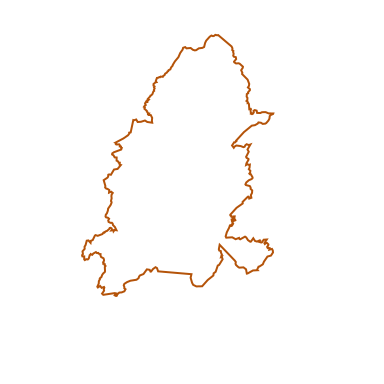 Bafwasende, Orientale, Democratic Republic of the Congo (Equal Earth projection), rotated 221°
{"feature_id": "63176286B50174012793828", "entity_name": "Bafwasende", "entity_type": "district", "adm_level": 2, "iso_a3": "COD", "parent_name": "Democratic Republic of the Congo", "parent_adm1": "Orientale", "projection": "equal_earth", "projection_center": [26.956, 0.799], "detail": "fine", "context": "isolated", "style": "outline", "palette": "amber", "viewbox_px": 384, "rotation_deg": 221, "n_neighbors": 0, "source": "geoboundaries", "source_scale": "gbopen_adm2", "svg_char_len": 6048}
<svg xmlns="http://www.w3.org/2000/svg" viewBox="0 0 384 384"><g transform="rotate(221 192 192)"><path d="M213.0,80.7L212.4,80.7L211.9,79.6L210.4,80.3L209.8,79.4L208.7,79.4L208.6,78.2L205.7,75.2L205.3,74.3L205.6,72.4L205.4,70.5L204.5,68.1L204.9,67.2L204.8,66.1L204.3,65.8L203.8,63.6L202.3,61.7L201.3,58.4L200.4,58.2L199.7,60.8L197.3,60.4L196.1,62.6L195.5,62.4L194.6,60.5L193.6,59.8L193.2,56.3L191.5,56.2L184.0,65.0L182.9,65.6L182.6,63.3L181.1,63.7L180.7,64.3L181.2,65.8L180.9,68.4L179.2,70.1L177.9,72.7L178.4,75.0L179.9,74.9L180.7,75.9L182.3,76.8L182.8,78.3L181.9,81.4L180.3,84.6L176.3,89.4L175.8,91.9L176.5,93.6L176.5,95.0L174.8,98.2L175.3,104.0L172.9,105.5L171.1,104.7L170.7,105.1L170.9,108.3L170.2,111.3L168.5,111.6L165.5,109.9L138.5,129.6L136.8,126.4L132.5,123.6L130.2,122.7L126.8,123.6L122.5,127.5L122.4,135.9L121.1,143.0L122.3,144.8L121.8,147.3L124.3,153.4L123.7,154.8L124.8,161.4L126.6,162.4L127.1,161.9L127.2,162.7L127.5,162.3L127.8,162.7L128.3,164.3L130.6,165.4L131.4,166.3L133.1,165.7L134.2,166.4L136.5,170.3L114.6,168.3L113.0,167.9L112.1,166.4L110.9,165.8L108.0,165.7L106.7,165.9L103.7,168.9L100.5,169.1L97.1,166.4L96.6,167.0L94.5,172.8L91.2,176.0L91.9,176.1L92.8,179.3L92.3,179.8L91.1,183.9L92.0,186.6L92.7,192.8L90.7,195.8L91.2,199.5L92.7,200.9L94.3,201.5L95.8,199.2L96.5,200.6L97.6,200.1L98.0,199.4L98.6,199.5L99.3,199.9L99.5,201.8L100.0,202.6L102.0,202.7L102.8,201.8L102.9,200.6L103.8,200.9L104.4,205.2L106.6,203.0L106.2,200.0L106.6,199.3L108.6,198.4L108.7,199.4L109.2,199.0L109.4,199.4L110.5,197.2L112.3,196.4L115.4,197.3L115.0,193.2L115.4,192.7L118.2,192.4L121.3,193.3L122.7,193.1L124.6,187.9L125.6,187.7L126.4,188.2L128.1,185.0L131.9,184.2L136.2,180.0L137.5,180.6L139.3,184.4L140.6,189.6L141.5,191.7L140.9,192.6L140.3,191.9L139.8,192.4L139.9,193.6L140.5,193.3L140.3,194.0L140.7,194.3L140.4,195.2L142.0,195.8L141.8,196.8L142.7,196.5L143.3,197.4L143.6,196.9L144.1,197.3L143.7,198.1L142.5,197.5L142.0,199.1L140.9,198.8L140.8,199.2L142.5,199.7L143.2,198.9L143.8,199.6L143.4,200.9L143.8,201.6L144.4,201.1L144.3,199.9L145.2,199.4L146.2,199.2L146.5,199.8L147.7,199.5L148.2,200.0L148.0,209.4L146.2,216.6L147.3,217.7L146.8,224.6L146.6,225.4L145.9,225.6L144.5,224.6L143.4,226.6L145.5,228.2L146.1,230.7L147.6,232.7L149.8,232.8L150.8,233.9L152.3,234.4L155.9,232.6L156.7,232.8L157.3,234.8L156.8,238.2L155.5,240.9L155.4,242.1L155.9,242.8L159.3,244.0L159.9,243.4L160.8,243.5L160.9,244.8L161.9,246.3L164.1,246.5L164.4,247.9L166.3,250.6L166.8,249.8L168.4,249.3L168.9,247.9L169.7,249.3L170.5,253.4L171.1,254.0L173.1,253.6L174.2,254.0L175.6,259.6L178.0,260.5L179.1,266.1L179.9,264.7L182.1,263.9L182.4,262.3L182.0,260.6L182.6,259.6L185.4,258.6L189.0,256.2L189.7,254.1L189.5,252.8L192.3,253.4L192.8,257.2L192.1,257.6L191.9,259.6L192.4,259.7L192.1,271.3L190.4,281.3L188.3,283.8L187.3,286.8L187.5,288.1L185.4,289.5L183.3,289.8L181.6,291.6L181.2,292.7L181.2,296.0L181.7,298.2L183.1,300.2L183.2,301.5L182.0,304.1L182.2,304.6L185.7,301.6L188.8,300.6L191.5,298.2L192.2,296.5L194.7,294.4L196.6,295.8L198.4,295.0L198.8,293.7L197.6,292.6L197.4,291.0L197.8,290.1L198.7,289.8L198.7,290.7L199.5,290.3L201.6,292.2L201.8,293.2L202.3,293.3L203.1,292.1L206.7,295.7L208.1,296.1L208.4,295.6L209.4,296.7L210.6,296.5L210.6,297.7L211.9,299.4L213.3,299.8L214.9,301.9L214.4,303.4L215.1,304.0L215.1,306.8L215.8,307.6L218.4,307.6L218.6,309.3L219.7,311.1L223.8,313.3L231.6,313.9L232.2,315.0L234.8,316.2L235.2,319.1L235.8,320.0L240.2,320.1L241.3,319.7L243.1,317.9L245.2,317.6L245.8,318.0L245.9,321.3L247.4,322.5L249.1,321.6L250.3,321.9L251.2,323.6L252.9,324.7L253.3,325.6L254.7,325.5L255.8,327.0L257.6,327.8L275.2,327.6L275.8,326.8L277.5,325.9L277.7,324.5L278.4,323.4L280.0,322.8L280.5,320.8L280.6,315.6L279.9,313.1L278.0,309.4L278.7,307.6L281.1,304.9L281.9,301.8L282.8,300.7L284.7,299.9L287.5,299.8L290.4,296.8L292.2,296.9L293.3,295.0L292.5,293.3L292.1,289.2L290.7,284.8L290.6,279.4L289.9,275.3L289.5,274.7L289.5,272.3L288.8,270.3L289.6,268.6L289.2,267.6L289.6,267.0L289.3,265.7L289.9,263.7L289.4,262.1L289.9,260.7L289.6,259.8L291.4,258.5L291.4,257.7L292.1,257.3L292.3,256.3L293.3,255.1L292.1,251.9L290.9,251.6L291.4,251.0L291.9,248.3L290.8,247.0L289.5,247.1L289.2,245.9L288.2,245.7L287.7,244.0L286.9,243.5L287.1,242.5L286.1,239.9L286.2,238.2L286.6,237.5L286.3,236.7L286.4,233.1L285.8,232.6L285.2,233.0L285.3,231.3L284.7,230.6L285.4,229.8L285.9,230.1L285.6,228.1L284.0,227.3L284.3,226.2L284.1,224.7L283.1,224.9L282.5,223.6L279.3,223.6L278.8,223.0L277.5,223.0L276.4,221.9L275.7,223.0L275.0,221.9L273.6,223.0L270.7,221.8L268.9,219.3L267.5,218.2L271.7,215.5L274.4,215.1L276.6,211.5L278.9,209.2L281.7,210.1L282.8,208.1L283.5,207.8L277.4,196.8L278.3,195.6L277.7,195.2L277.5,192.9L278.9,187.4L282.2,178.9L281.3,179.1L280.9,178.2L280.3,178.2L278.2,180.2L277.0,179.9L276.4,179.0L275.4,179.7L274.4,178.8L273.9,179.1L273.3,177.6L277.0,170.8L277.5,168.8L276.9,167.9L275.3,168.2L273.1,167.4L271.5,168.6L269.5,166.2L267.9,166.6L266.5,166.0L265.7,166.7L264.6,165.2L263.4,165.7L263.3,160.6L265.6,157.8L264.5,151.8L266.1,150.9L266.5,150.1L265.4,148.6L265.2,147.4L266.4,143.0L261.3,139.7L260.5,138.4L258.8,138.3L257.9,138.9L255.7,139.2L254.2,137.1L253.2,139.2L251.2,139.3L251.0,137.4L250.1,136.0L248.5,134.5L247.2,132.0L246.0,131.6L245.6,130.9L244.9,128.9L244.4,124.4L243.3,122.8L242.3,120.3L242.1,118.2L241.1,116.7L240.2,116.5L238.6,117.4L237.0,117.4L236.6,115.6L235.3,114.7L233.2,115.3L232.3,116.2L231.2,116.1L229.9,115.2L227.3,115.0L223.9,113.6L225.5,112.5L225.4,110.9L226.3,111.6L227.6,110.1L227.7,111.1L228.8,111.8L229.9,111.6L230.5,110.8L230.2,110.0L230.6,106.9L231.4,105.5L231.4,104.0L231.9,104.0L232.2,103.1L232.0,101.5L234.4,97.1L236.5,96.2L236.7,95.4L235.4,90.6L236.3,88.8L235.2,87.1L238.4,87.5L239.5,86.2L237.5,82.1L237.2,80.2L235.7,78.7L235.7,75.4L233.6,73.6L233.5,72.2L232.5,71.5L231.1,72.7L229.1,70.4L228.2,70.3L227.7,71.9L226.4,72.7L226.3,74.1L227.8,77.3L227.4,78.1L227.7,78.7L226.1,79.1L226.1,80.9L225.1,83.6L223.8,83.5L222.8,84.5L222.1,84.2L220.2,85.1L219.8,84.3L217.9,83.3L215.3,83.9L214.2,83.3L213.3,82.4L213.0,80.7Z" fill="none" stroke="#b45309" stroke-width="2"/></g></svg>